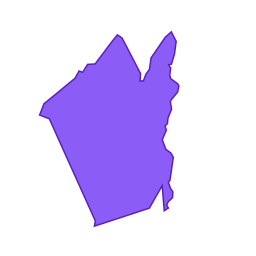 Uchtepa, Tashkent, Uzbekistan (Robinson projection), rotated 158°
{"feature_id": "79887680B78178339313098", "entity_name": "Uchtepa", "entity_type": "district", "adm_level": 2, "iso_a3": "UZB", "parent_name": "Uzbekistan", "parent_adm1": "Tashkent", "projection": "robinson", "projection_center": [69.122, 41.261], "detail": "fine", "context": "isolated", "style": "filled", "palette": "violet", "viewbox_px": 256, "rotation_deg": 158, "n_neighbors": 0, "source": "geoboundaries", "source_scale": "gbopen_adm2", "svg_char_len": 799}
<svg xmlns="http://www.w3.org/2000/svg" viewBox="0 0 256 256"><g transform="rotate(158 128 128)"><path d="M102.9,218.3L109.9,214.5L134.5,199.7L141.6,202.1L149.2,196.6L152.0,199.2L158.4,194.0L181.2,186.8L196.8,182.0L205.1,173.1L197.5,166.0L195.3,109.8L193.1,54.1L195.9,49.6L138.2,45.7L117.9,61.8L125.4,37.7L120.5,38.7L121.1,41.9L118.6,44.4L112.8,46.8L110.3,51.9L111.2,56.2L110.9,62.5L108.7,63.8L97.0,83.8L97.6,88.7L100.9,94.2L100.6,104.4L93.2,111.7L92.9,116.0L89.8,117.3L87.3,122.1L80.6,129.1L78.7,137.0L76.5,138.4L68.5,142.8L65.1,147.8L65.4,150.4L70.0,157.9L69.4,161.6L66.0,167.5L66.6,171.5L63.8,170.9L57.1,179.3L50.9,190.3L51.8,200.9L59.4,198.2L80.3,184.4L86.2,174.3L91.1,171.3L96.0,166.0L99.1,166.9L96.0,173.9L99.8,213.7L102.9,218.3Z" fill="#8b5cf6" stroke="#5b21b6" stroke-width="1.5"/></g></svg>